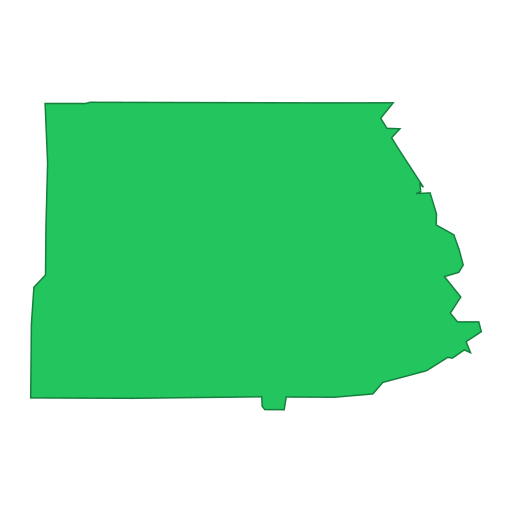 the district of Copiah, Mississippi, United States of America
{"feature_id": "52423323B66491934783020", "entity_name": "Copiah", "entity_type": "district", "adm_level": 2, "iso_a3": "USA", "parent_name": "United States of America", "parent_adm1": "Mississippi", "projection": "albers", "projection_center": [-90.323, 31.868], "detail": "fine", "context": "isolated", "style": "filled", "palette": "green", "viewbox_px": 512, "rotation_deg": 0, "n_neighbors": 0, "source": "geoboundaries", "source_scale": "gbopen_adm2", "svg_char_len": 746}
<svg xmlns="http://www.w3.org/2000/svg" viewBox="0 0 512 512"><path d="M31.4,324.2L30.7,397.9L133.0,398.3L261.8,396.8L262.1,406.1L264.8,409.6L284.2,409.7L286.2,397.0L334.9,397.2L372.9,393.9L382.8,382.4L426.5,370.7L447.7,357.4L452.4,358.1L464.3,349.9L470.5,352.7L466.1,341.6L481.3,331.7L478.8,321.9L457.5,321.9L450.3,313.1L460.8,297.0L444.4,276.6L458.7,272.4L463.2,265.0L459.1,249.5L453.8,234.8L436.2,225.0L436.5,214.0L430.1,192.9L416.1,193.6L420.7,191.7L419.9,184.1L423.4,187.2L397.6,147.5L391.6,137.7L399.9,128.8L386.9,128.3L380.7,118.2L393.2,102.8L342.8,102.9L319.2,102.9L315.9,102.9L284.7,102.8L90.1,102.3L85.7,103.5L45.1,103.5L47.6,163.0L46.0,224.8L45.5,275.0L33.9,287.3L31.4,324.2Z" fill="#22c55e" stroke="#15803d" stroke-width="1.5"/></svg>